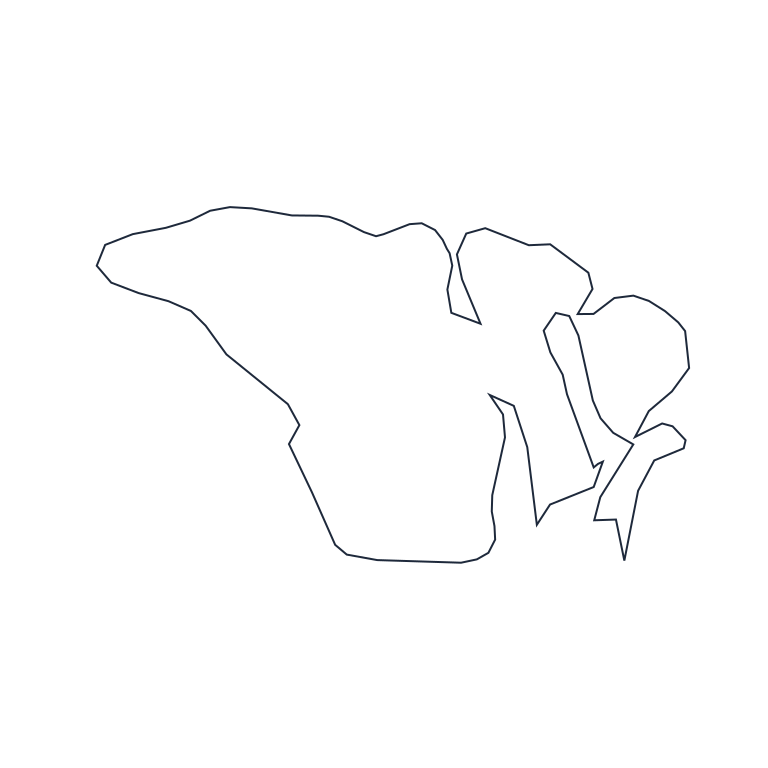 the District of South Andros, rotated 283°
{"feature_id": "BHS-5022", "entity_name": "South Andros", "entity_type": "District", "adm_level": 1, "iso_a3": "BHS", "parent_name": "The Bahamas", "parent_adm1": "", "projection": "mercator", "projection_center": [-77.637, 23.971], "detail": "fine", "context": "isolated", "style": "outline", "palette": "slate", "viewbox_px": 768, "rotation_deg": 283, "n_neighbors": 0, "source": "natural_earth", "source_scale": "10m", "svg_char_len": 1339}
<svg xmlns="http://www.w3.org/2000/svg" viewBox="0 0 768 768"><g transform="rotate(283 384 384)"><path d="M304.1,304.9L324.9,310.8L342.7,294.9L377.4,223.8L400.7,197.1L411.7,179.5L416.2,155.4L417.4,124.4L421.4,95.4L434.6,77.5L456.8,81.0L473.5,105.5L487.1,136.3L499.5,158.2L513.7,175.6L521.7,194.1L525.4,215.7L527.5,256.2L533.2,282.1L534.6,292.8L533.2,306.8L527.5,330.3L526.2,343.0L529.8,349.8L545.5,373.0L549.1,384.6L545.5,399.1L537.6,408.8L529.8,414.9L526.2,418.5L514.7,423.9L490.3,424.5L468.5,433.6L464.4,464.5L503.5,436.5L526.7,425.9L549.1,430.3L558.6,447.6L551.8,493.9L557.5,514.5L538.4,558.1L523.5,565.8L495.7,557.0L499.4,572.4L519.6,589.1L526.2,607.1L524.5,623.5L518.2,641.5L510.2,656.9L503.3,665.5L468.2,677.7L441.5,666.2L417.2,648.1L388.8,640.5L408.1,663.9L407.7,674.7L397.1,690.5L388.8,690.5L370.3,664.5L337.1,655.6L266.0,657.9L304.1,640.5L298.5,619.5L322.4,620.2L381.2,640.5L388.0,618.3L399.3,602.7L414.9,591.2L475.0,562.5L491.9,549.2L491.9,535.4L471.9,527.6L452.2,539.0L433.3,556.0L415.2,564.6L349.9,607.1L354.3,610.5L357.6,614.7L330.8,611.5L303.9,572.9L281.2,564.6L354.7,537.8L391.9,515.4L397.1,489.5L381.1,506.8L359.2,513.9L300.0,514.5L284.0,517.7L270.4,523.6L257.4,527.3L243.0,523.7L234.0,513.9L227.2,499.3L210.9,417.0L209.4,386.1L216.3,372.6L262.2,338.2L304.1,304.9Z" fill="none" stroke="#1e293b" stroke-width="2"/></g></svg>